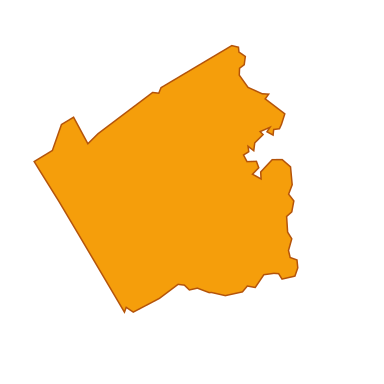 Avoyelles, Louisiana, United States of America, rotated 59°
{"feature_id": "52423323B56288271705093", "entity_name": "Avoyelles", "entity_type": "district", "adm_level": 2, "iso_a3": "USA", "parent_name": "United States of America", "parent_adm1": "Louisiana", "projection": "albers", "projection_center": [-91.961, 31.096], "detail": "fine", "context": "isolated", "style": "filled", "palette": "amber", "viewbox_px": 384, "rotation_deg": 59, "n_neighbors": 0, "source": "geoboundaries", "source_scale": "gbopen_adm2", "svg_char_len": 1083}
<svg xmlns="http://www.w3.org/2000/svg" viewBox="0 0 384 384"><g transform="rotate(59 192 192)"><path d="M260.2,311.8L257.0,307.8L264.7,304.2L266.4,274.7L264.0,251.5L267.9,246.5L274.6,244.7L277.2,236.9L287.1,229.1L288.2,227.0L298.0,216.8L303.6,200.2L301.1,193.0L306.4,187.0L299.9,173.0L303.9,163.7L306.6,159.8L313.0,159.7L317.1,147.1L311.5,140.4L304.3,137.0L298.7,141.6L291.8,139.4L283.5,130.6L275.6,130.7L261.7,123.5L260.4,116.7L252.1,109.3L243.6,110.3L237.4,102.4L221.2,94.6L210.7,98.0L205.6,106.6L210.2,122.8L216.4,126.1L207.9,131.0L205.6,122.3L198.9,121.0L194.3,129.2L186.8,128.8L186.7,122.6L181.7,120.4L188.4,117.8L182.2,112.9L179.4,101.5L175.3,102.5L176.7,91.9L179.0,96.7L185.0,93.2L180.5,89.8L182.8,84.5L180.1,80.5L172.8,72.2L149.9,81.3L147.6,75.9L143.9,81.3L131.2,90.1L116.2,91.3L110.4,87.5L109.8,81.7L103.3,76.5L96.2,79.7L91.8,77.6L87.0,82.5L86.6,164.8L90.2,169.6L86.4,174.5L87.2,181.9L89.3,202.0L93.6,242.4L97.0,256.4L66.9,255.0L66.9,269.1L84.5,290.3L84.6,311.6L95.0,311.5L131.5,310.9L171.4,311.1L260.2,311.8Z" fill="#f59e0b" stroke="#b45309" stroke-width="1.5"/></g></svg>